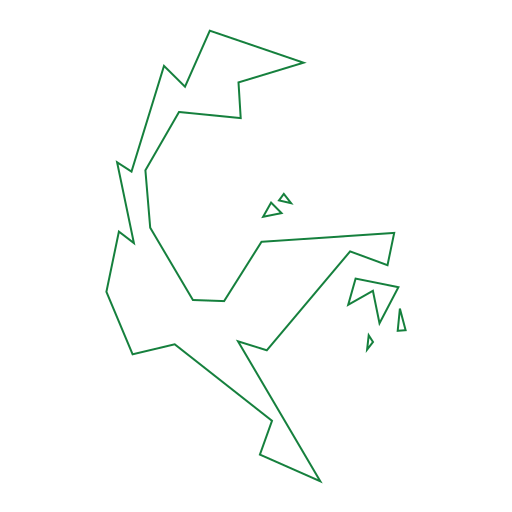 SVG path tracing the border of Sulawesi Tengah
{"feature_id": "IDN-557", "entity_name": "Sulawesi Tengah", "entity_type": "Province", "adm_level": 1, "iso_a3": "IDN", "parent_name": "Indonesia", "parent_adm1": "", "projection": "equal_earth", "projection_center": [121.786, -0.946], "detail": "coarse", "context": "isolated", "style": "outline", "palette": "green", "viewbox_px": 512, "rotation_deg": 0, "n_neighbors": 0, "source": "natural_earth", "source_scale": "10m", "svg_char_len": 727}
<svg xmlns="http://www.w3.org/2000/svg" viewBox="0 0 512 512"><path d="M240.7,118.1L179.0,112.0L145.4,170.3L150.2,227.7L192.9,300.0L224.1,301.1L261.5,241.8L394.2,232.9L387.5,265.2L350.1,251.4L266.8,350.3L238.0,341.3L320.3,481.3L259.9,454.6L272.0,420.8L174.7,344.3L132.6,354.3L106.4,291.8L118.9,231.6L133.9,243.1L117.1,162.3L131.5,171.6L164.0,65.9L185.0,86.7L209.8,30.7L303.5,62.7L238.5,82.4L240.7,118.1ZM398.4,287.2L379.5,323.3L372.9,290.8L348.2,304.8L355.6,278.6L398.4,287.2ZM399.9,308.6L405.6,330.2L397.7,330.8L399.9,308.6ZM271.1,202.6L281.5,213.1L263.1,216.8L271.1,202.6ZM283.8,193.9L291.1,203.2L279.0,200.4L283.8,193.9ZM368.7,335.3L373.0,342.0L367.1,349.6L368.7,335.3Z" fill="none" stroke="#15803d" stroke-width="2"/></svg>